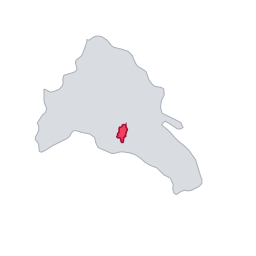 Villa Altagracia, San Cristóbal, Dominican Republic (highlighted), rotated 31°
{"feature_id": "3306468B65787617435828", "entity_name": "Villa Altagracia", "entity_type": "district", "adm_level": 2, "iso_a3": "DOM", "parent_name": "Dominican Republic", "parent_adm1": "San Cristóbal", "projection": "robinson", "projection_center": [-70.202, 18.655], "detail": "fine", "context": "in_parent", "style": "filled", "palette": "rose", "viewbox_px": 256, "rotation_deg": 31, "n_neighbors": 0, "source": "geoboundaries", "source_scale": "gbopen_adm2", "svg_char_len": 4151}
<svg xmlns="http://www.w3.org/2000/svg" viewBox="0 0 256 256"><g transform="rotate(31 128 128)"><path d="M47.7,170.5L47.9,161.0L49.3,157.1L48.0,153.0L42.5,148.7L39.1,143.1L36.1,138.2L36.8,137.5L42.8,137.3L45.0,135.5L49.0,130.4L49.9,126.4L49.5,123.3L46.9,119.6L45.9,115.7L49.1,112.4L53.4,107.4L54.0,105.6L53.9,103.7L48.9,98.5L48.6,96.3L50.9,90.6L50.7,86.9L48.4,75.3L47.3,73.5L49.6,72.6L51.0,69.1L53.0,66.0L55.5,64.3L58.5,63.3L64.3,63.4L72.3,66.1L74.6,66.0L82.3,63.6L88.7,62.2L94.7,63.8L97.2,65.9L102.1,69.2L104.6,70.2L112.5,70.1L114.6,70.5L121.2,76.0L126.8,78.2L130.0,78.3L135.8,76.1L138.7,76.2L142.0,81.0L142.6,87.7L145.4,93.8L149.6,97.7L170.4,96.1L175.0,99.3L173.4,102.0L170.5,103.4L160.6,102.8L156.3,103.1L155.4,105.7L155.4,108.2L161.2,108.8L166.8,110.0L172.6,112.0L178.5,113.4L185.1,114.2L191.6,115.7L202.5,120.5L214.5,131.5L217.8,134.0L219.9,137.4L218.9,141.7L214.6,148.6L212.2,150.8L208.7,152.2L206.2,155.0L203.9,159.9L202.5,160.3L200.8,160.1L197.9,157.4L195.8,153.1L190.0,149.2L183.1,149.7L173.0,147.3L166.8,148.5L160.7,148.7L154.4,147.5L148.0,147.1L141.7,148.6L135.6,151.2L133.3,152.8L129.4,156.7L127.3,158.2L112.4,160.2L108.1,157.3L104.2,153.3L98.4,152.8L90.1,155.8L84.9,157.0L82.8,158.3L82.2,159.8L82.1,165.3L81.0,168.7L72.8,181.4L68.3,190.4L66.4,193.2L64.2,193.8L60.2,188.6L57.7,186.7L54.5,185.8L53.2,183.1L53.2,179.2L52.4,175.4L50.5,172.4L47.7,170.5Z" fill="#d9dde1" stroke="#a8b0b8" stroke-width="1"/><path d="M120.5,131.5L120.4,131.6L120.3,131.8L120.3,132.0L120.5,132.3L120.5,132.5L120.6,132.8L120.6,133.0L120.6,133.3L120.8,133.6L121.0,133.7L121.1,133.8L121.3,133.9L121.5,134.1L121.5,134.3L121.6,134.5L121.7,134.8L121.8,134.9L121.8,135.0L121.8,135.3L121.9,135.5L122.0,135.6L122.1,135.8L122.2,136.0L122.4,136.3L122.5,136.3L122.5,136.5L122.4,136.7L122.4,136.9L122.3,137.1L122.2,137.4L122.2,137.5L122.0,137.8L122.0,138.0L122.1,138.4L122.1,138.5L122.4,138.9L122.5,139.0L122.7,139.3L122.8,139.4L122.9,139.5L123.0,139.5L123.0,139.8L123.0,140.0L122.9,140.2L122.9,140.3L122.8,140.5L122.7,140.7L122.7,140.8L122.7,141.0L122.8,141.2L123.0,141.3L123.3,141.4L123.6,141.6L123.8,141.7L124.0,141.7L124.4,141.5L124.6,141.5L124.8,141.4L125.0,141.3L125.1,141.2L125.3,141.1L125.6,141.0L125.8,140.7L126.0,140.5L126.3,140.6L126.5,140.7L126.8,140.8L127.0,141.0L127.3,141.2L127.4,141.3L127.5,141.4L127.6,141.5L127.8,141.7L127.8,141.8L127.9,142.0L128.0,142.2L128.0,142.3L128.3,142.4L128.4,142.5L128.5,142.5L128.8,142.6L128.8,142.9L128.9,143.0L129.0,143.1L129.3,143.3L129.5,143.3L129.7,143.5L129.9,143.5L130.0,143.6L130.3,143.6L130.4,143.4L130.5,143.4L130.7,143.2L130.8,143.1L131.0,143.0L131.2,142.9L131.2,142.7L130.9,142.7L130.7,142.5L130.6,142.4L130.6,142.2L130.7,141.9L130.8,141.7L130.8,141.4L130.7,141.3L130.7,141.2L130.6,140.9L130.4,140.6L130.3,140.4L130.2,140.3L129.9,140.3L129.9,140.2L129.9,139.9L130.0,139.8L130.0,139.7L129.9,139.5L129.9,139.4L129.6,139.1L129.4,138.9L129.4,138.7L129.2,138.6L129.2,138.4L129.4,138.1L129.5,137.9L129.7,137.7L129.7,137.4L129.7,137.2L129.5,136.9L129.4,136.8L129.4,136.7L129.5,136.6L129.8,136.6L130.0,136.6L130.3,136.5L130.3,136.4L130.3,136.2L130.2,136.2L129.9,136.0L129.9,135.9L129.9,135.7L129.7,135.4L129.7,135.2L129.4,135.0L129.3,134.9L129.2,134.6L129.2,134.4L129.0,134.2L129.1,133.9L129.1,133.7L129.1,133.3L129.1,133.2L129.0,132.9L128.9,132.9L128.8,132.7L128.8,132.4L128.7,132.2L128.5,131.9L128.4,131.8L128.3,131.7L128.2,131.6L128.3,131.4L128.4,131.1L128.5,131.0L128.5,130.8L128.5,130.7L128.5,130.4L128.5,130.2L128.4,130.2L128.2,129.9L128.1,129.6L127.9,129.4L127.7,129.2L127.4,129.0L127.3,128.9L127.2,128.9L126.9,128.7L126.7,128.7L126.3,128.6L126.2,128.6L125.9,128.5L125.9,128.4L125.8,128.1L125.8,127.9L125.7,127.8L125.4,127.5L125.3,127.4L125.2,127.2L125.0,126.9L124.5,126.4L124.3,126.1L124.3,126.3L124.2,126.5L123.9,126.7L123.8,126.8L123.7,126.8L123.3,127.0L123.2,127.0L122.9,127.1L122.7,127.2L122.4,127.3L122.3,127.5L122.2,127.7L122.2,127.8L121.8,128.0L121.7,128.1L121.7,128.3L121.7,128.5L121.7,128.8L121.8,128.9L121.9,129.1L122.0,129.3L122.0,129.5L122.0,130.0L121.9,130.1L121.8,130.3L121.7,130.5L121.1,131.2L121.0,131.3L120.9,131.4L120.7,131.5L120.5,131.5Z" fill="#f43f5e" stroke="#9f1239" stroke-width="1.5"/></g></svg>